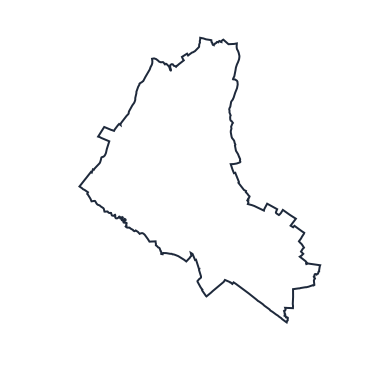 the district of Arinis, Maramures, Romania, rotated 77°
{"feature_id": "2599482B66299087407195", "entity_name": "Arinis", "entity_type": "district", "adm_level": 2, "iso_a3": "ROU", "parent_name": "Romania", "parent_adm1": "Maramures", "projection": "mercator", "projection_center": [23.212, 47.499], "detail": "fine", "context": "isolated", "style": "outline", "palette": "slate", "viewbox_px": 384, "rotation_deg": 77, "n_neighbors": 0, "source": "geoboundaries", "source_scale": "gbopen_adm2", "svg_char_len": 5980}
<svg xmlns="http://www.w3.org/2000/svg" viewBox="0 0 384 384"><g transform="rotate(77 192 192)"><path d="M325.2,142.2L327.0,140.4L330.3,137.6L331.7,136.2L333.3,135.0L335.0,133.4L336.1,132.8L340.4,129.1L339.3,128.5L338.9,128.3L338.7,127.7L338.4,127.5L337.3,127.4L336.6,127.0L336.2,126.9L335.7,127.2L335.5,128.4L335.4,128.6L335.0,128.7L334.5,128.5L334.0,128.7L333.5,129.7L332.9,129.6L332.6,128.9L332.3,128.7L331.8,128.7L331.0,129.1L330.2,128.9L328.6,129.1L328.4,128.7L328.5,128.1L327.7,127.3L326.9,127.2L325.8,127.3L327.9,119.8L325.8,119.2L323.8,119.0L317.0,117.1L309.4,115.4L309.9,109.8L310.1,108.8L310.0,107.8L310.3,102.8L310.5,102.4L310.5,99.7L310.0,95.3L310.4,95.0L310.4,94.5L310.1,93.7L305.8,93.2L304.5,92.4L304.3,92.2L304.1,91.7L303.9,91.6L303.4,92.0L302.5,91.9L302.3,92.3L302.0,92.4L301.4,91.6L300.9,91.6L299.8,90.9L299.7,90.6L299.7,90.2L300.5,89.2L300.1,88.8L300.0,87.9L299.9,87.6L298.1,86.6L298.0,86.0L297.0,85.8L293.1,84.2L292.2,83.6L287.8,95.0L286.8,96.0L287.8,96.3L288.0,96.4L288.0,96.8L287.0,96.9L285.9,96.4L285.1,96.8L279.3,101.5L278.6,99.6L277.3,97.5L274.6,99.2L272.4,97.0L271.4,95.4L267.6,96.8L265.6,98.1L264.1,98.9L261.8,96.2L260.4,95.0L257.8,92.3L257.0,91.8L255.3,93.5L248.0,99.8L249.1,101.4L247.0,103.5L241.4,96.8L236.4,101.7L229.9,107.5L232.5,110.1L233.7,111.8L234.0,112.5L231.9,114.5L231.1,114.9L230.6,114.8L227.9,112.9L220.3,121.4L224.9,125.4L226.3,126.1L219.6,134.5L218.2,136.7L216.3,140.3L214.6,139.3L212.6,140.0L212.4,139.6L212.3,138.8L211.5,139.0L211.2,138.8L210.9,138.5L210.5,137.7L209.2,136.9L208.2,137.6L206.3,138.4L204.2,139.6L203.2,139.1L201.7,140.9L193.5,144.7L192.9,144.0L185.2,145.2L183.0,145.5L183.1,146.9L179.3,147.5L173.6,148.0L174.1,145.3L174.3,142.0L173.9,138.7L173.5,138.1L172.1,138.2L170.9,137.7L169.6,137.9L169.0,138.2L168.3,138.1L167.4,138.4L165.6,138.6L161.7,139.9L156.3,139.7L155.7,139.1L155.4,139.1L154.1,139.4L151.7,139.4L150.8,139.7L148.5,140.8L147.2,141.0L142.7,140.8L141.3,140.5L139.1,139.3L137.2,139.2L134.3,137.2L133.9,136.6L131.8,137.5L131.2,138.2L130.1,138.4L128.1,138.1L126.6,137.6L126.1,137.1L123.0,137.6L121.0,137.1L120.1,137.2L118.9,136.7L117.5,135.5L113.0,133.6L111.8,132.4L111.1,131.4L110.2,130.9L109.6,130.3L105.0,127.6L101.0,124.8L97.6,123.3L94.7,122.9L93.7,123.2L92.1,124.7L91.5,126.6L91.3,126.7L90.4,126.1L88.7,124.7L83.1,122.2L80.6,121.2L77.8,119.5L75.9,118.0L73.3,116.3L71.5,115.6L70.2,115.2L66.9,115.2L65.1,115.4L63.0,116.0L61.8,116.0L60.3,115.8L57.3,114.9L57.2,117.7L56.2,123.2L50.6,127.2L50.8,127.9L51.8,129.7L52.5,129.7L52.3,130.1L51.2,131.0L51.0,131.4L51.4,131.9L51.6,132.5L52.0,132.7L51.4,133.8L51.6,134.3L52.2,134.8L52.6,136.4L53.1,136.8L53.1,137.6L53.6,137.6L53.8,137.7L53.7,137.8L53.2,138.3L53.2,138.6L52.9,138.7L50.9,138.8L50.7,139.1L50.4,139.2L48.8,139.2L48.5,139.0L48.3,139.2L46.4,144.0L45.0,146.2L43.6,149.3L45.2,149.7L46.8,150.5L48.1,150.6L49.9,151.8L52.0,152.4L52.4,152.7L55.4,157.4L56.1,159.7L56.1,160.5L57.0,162.7L58.1,165.1L56.1,165.7L58.1,171.4L60.2,171.0L61.9,170.4L64.7,176.4L65.7,178.1L65.6,178.6L66.4,179.4L65.6,180.1L64.9,181.3L63.3,182.0L62.9,183.0L63.2,184.2L63.7,184.7L65.5,185.2L68.3,185.0L68.8,185.2L68.8,185.5L68.3,185.8L65.3,186.0L64.0,186.5L61.6,188.0L61.3,188.3L61.1,188.9L61.2,189.5L61.4,189.7L60.7,190.1L59.6,190.5L58.9,191.1L58.6,193.2L57.6,194.7L56.2,195.6L54.4,197.1L53.3,198.9L53.2,201.0L55.7,201.2L57.7,201.8L59.2,202.7L61.0,204.3L63.1,205.6L69.6,211.7L73.0,214.6L73.0,214.9L73.7,216.2L74.3,218.2L74.8,218.9L75.4,219.0L77.4,220.8L81.8,223.6L83.3,224.0L87.6,226.1L89.5,226.6L90.9,227.4L92.1,228.3L94.2,230.7L99.0,235.0L99.9,235.6L101.3,236.1L101.8,236.6L103.0,238.5L108.5,245.2L109.2,245.9L110.3,246.6L110.6,246.6L109.3,247.7L110.4,249.3L113.6,253.1L114.9,254.2L113.6,256.2L113.5,256.5L108.9,262.9L116.9,271.0L118.0,269.2L118.8,268.4L124.0,261.2L131.1,265.4L134.5,267.0L135.9,268.0L136.9,268.9L137.7,270.3L137.7,271.6L138.0,272.5L140.8,273.9L142.6,275.0L143.3,275.7L147.2,281.6L148.2,282.6L147.6,283.4L150.5,285.3L149.7,285.9L161.3,300.4L163.7,298.2L164.7,297.6L165.8,296.2L168.9,293.4L169.9,294.3L170.3,294.5L170.9,294.1L175.6,292.5L178.5,292.0L178.7,289.5L178.8,288.8L179.1,288.4L181.8,287.6L182.7,287.1L183.3,286.6L184.3,285.0L185.6,284.1L187.8,282.0L188.7,281.7L191.4,281.7L191.6,281.2L191.9,278.9L192.2,278.5L192.9,278.3L193.5,277.8L193.9,277.1L194.0,276.1L194.2,275.6L196.5,275.4L196.8,275.3L197.2,274.7L197.6,273.6L196.9,272.5L196.9,272.1L197.4,272.0L199.6,272.5L200.5,272.0L200.7,271.5L200.8,270.9L200.7,270.3L200.3,269.2L199.7,268.7L199.7,268.1L200.1,267.8L201.3,267.9L201.6,267.8L201.8,267.5L201.5,266.9L200.7,265.7L201.2,265.2L203.2,266.8L203.7,266.7L203.9,266.2L204.0,265.0L203.1,264.0L203.0,263.7L203.7,263.0L204.2,262.9L204.8,263.2L205.2,264.8L205.6,265.6L206.3,265.5L206.6,265.1L207.4,262.8L208.0,262.8L209.4,263.6L210.3,263.4L210.4,263.5L210.3,263.9L210.7,264.4L211.7,263.7L212.1,263.1L212.4,262.1L212.5,261.3L212.7,260.9L214.0,259.9L215.6,258.1L216.4,257.8L217.2,257.0L217.2,256.4L216.8,255.5L218.7,253.7L221.0,252.4L220.8,251.6L220.8,250.0L221.0,249.5L221.6,248.7L223.0,247.7L223.9,247.3L227.9,245.6L230.8,244.6L231.9,238.6L233.0,238.8L234.4,238.8L235.8,239.2L237.1,238.1L238.3,237.5L239.1,236.4L240.1,236.1L241.1,236.1L241.9,235.8L242.5,235.9L242.8,235.6L244.7,235.4L244.8,235.8L245.5,235.9L246.0,234.7L245.1,234.4L245.3,233.9L245.0,233.6L245.1,233.3L245.8,230.7L247.3,227.2L247.7,225.6L248.3,225.1L248.5,224.3L249.2,223.0L251.4,219.8L256.4,214.8L258.4,213.2L255.5,208.8L254.7,208.1L254.3,207.2L253.4,206.9L251.0,206.9L252.5,205.4L259.0,204.3L258.9,203.3L268.8,202.5L268.8,202.3L269.6,202.7L276.3,202.2L277.4,202.5L278.1,203.7L278.4,204.5L279.8,206.4L280.0,206.7L280.6,206.8L287.0,205.0L289.4,203.9L289.6,204.3L290.4,204.2L296.4,201.8L297.0,201.4L294.4,196.2L293.2,194.1L286.7,181.3L285.1,179.7L287.8,176.0L288.4,175.4L288.6,174.9L289.0,174.9L289.5,174.1L290.6,173.5L290.7,173.4L289.4,171.8L291.4,169.9L303.5,159.6L311.3,153.4L313.0,152.2L314.1,151.0L317.3,148.2L319.0,147.1L323.7,143.0L325.2,142.2Z" fill="none" stroke="#1e293b" stroke-width="2"/></g></svg>